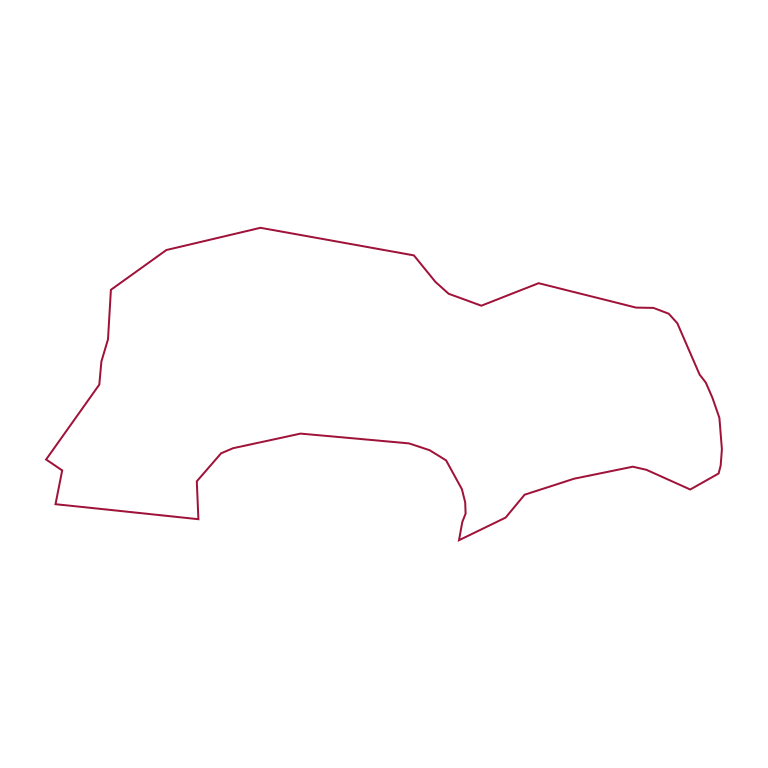 map outline of Dobrova-Polhov Gradec (Natural Earth projection)
{"feature_id": "SVN-204", "entity_name": "Dobrova-Polhov Gradec", "entity_type": "Municipality", "adm_level": 1, "iso_a3": "SVN", "parent_name": "Slovenia", "parent_adm1": "", "projection": "natural_earth1", "projection_center": [14.336, 46.06], "detail": "fine", "context": "isolated", "style": "outline", "palette": "rose", "viewbox_px": 768, "rotation_deg": 0, "n_neighbors": 0, "source": "natural_earth", "source_scale": "10m", "svg_char_len": 663}
<svg xmlns="http://www.w3.org/2000/svg" viewBox="0 0 768 768"><path d="M690.2,489.5L646.4,469.8L632.8,466.7L574.1,478.7L524.6,494.7L505.6,517.6L459.0,540.2L462.3,522.0L465.6,513.6L465.2,502.4L461.9,489.2L446.1,460.4L429.6,450.2L409.0,443.4L300.5,433.6L233.1,448.2L221.1,453.3L196.8,481.3L198.4,519.2L55.5,504.2L62.2,470.4L46.1,459.5L99.3,384.6L101.4,361.5L108.0,339.3L110.9,289.8L166.4,250.0L260.4,227.8L413.9,255.4L435.4,281.9L448.7,293.8L481.3,305.7L538.6,283.2L636.1,307.6L653.4,307.9L668.7,313.7L677.3,323.2L699.6,374.6L705.8,382.6L712.4,397.7L719.4,417.9L721.9,449.2L720.7,465.4L718.6,473.5L690.2,489.5Z" fill="none" stroke="#9f1239" stroke-width="2"/></svg>